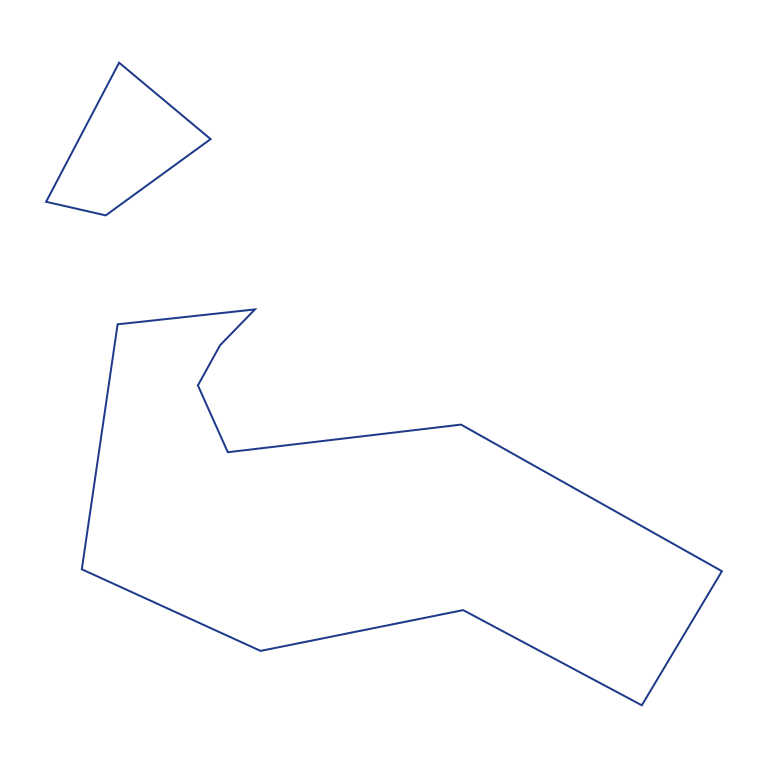 outline of Va'a-o-Fonoti
{"feature_id": "WSM-4988", "entity_name": "Va'a-o-Fonoti", "entity_type": "state/province", "adm_level": 1, "iso_a3": "WSM", "parent_name": "Samoa", "parent_adm1": "", "projection": "robinson", "projection_center": [-171.557, -13.938], "detail": "fine", "context": "isolated", "style": "outline", "palette": "blue", "viewbox_px": 768, "rotation_deg": 0, "n_neighbors": 0, "source": "natural_earth", "source_scale": "10m", "svg_char_len": 328}
<svg xmlns="http://www.w3.org/2000/svg" viewBox="0 0 768 768"><path d="M254.9,309.4L220.1,345.2L197.9,385.4L227.8,452.2L461.0,424.6L721.9,571.2L641.8,705.3L463.1,610.1L260.5,650.9L81.8,569.3L117.6,324.3L254.9,309.4ZM119.1,62.7L210.6,139.1L105.7,215.4L46.1,201.8L119.1,62.7Z" fill="none" stroke="#1e3a8a" stroke-width="2"/></svg>